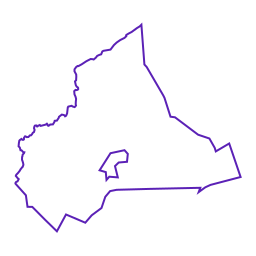 outline of Wise, Virginia, United States of America
{"feature_id": "52423323B77161668949551", "entity_name": "Wise", "entity_type": "district", "adm_level": 2, "iso_a3": "USA", "parent_name": "United States of America", "parent_adm1": "Virginia", "projection": "equal_earth", "projection_center": [-82.73, 37.001], "detail": "fine", "context": "isolated", "style": "outline", "palette": "violet", "viewbox_px": 256, "rotation_deg": 0, "n_neighbors": 0, "source": "geoboundaries", "source_scale": "gbopen_adm2", "svg_char_len": 2193}
<svg xmlns="http://www.w3.org/2000/svg" viewBox="0 0 256 256"><path d="M229.2,143.5L215.8,151.4L214.7,147.8L209.4,138.5L198.1,134.7L175.0,117.3L170.5,116.7L164.5,97.9L163.3,95.5L146.7,67.0L144.4,64.5L141.4,24.7L139.7,26.4L136.9,28.1L131.6,32.0L128.7,33.5L126.4,34.9L126.1,35.3L126.3,36.2L124.5,37.9L120.3,40.0L116.7,42.5L113.9,45.1L110.5,49.6L103.5,50.8L102.9,51.1L102.3,51.5L101.2,54.3L99.3,54.9L97.2,55.9L95.8,57.7L93.7,59.5L92.7,59.2L90.7,59.0L86.4,61.2L81.7,64.3L78.4,66.1L77.6,66.0L76.2,67.0L74.6,69.2L74.5,69.7L74.5,71.3L76.2,74.5L76.3,76.7L76.1,80.3L75.3,81.0L75.0,81.5L75.8,85.1L76.7,86.7L77.7,87.3L78.1,87.9L78.2,89.1L77.6,89.8L76.3,90.1L75.5,89.9L74.2,91.2L74.5,94.4L75.5,96.6L76.1,98.9L75.8,101.8L75.7,104.2L76.0,105.5L75.1,106.7L75.0,106.8L74.5,107.1L72.4,106.4L71.7,105.8L68.3,106.6L67.8,107.4L67.1,113.4L66.1,115.7L65.1,116.3L64.6,115.5L63.8,115.0L61.8,114.6L59.0,116.8L58.7,117.9L56.9,120.6L54.7,120.8L54.3,122.2L52.9,124.4L50.2,124.5L49.6,124.9L49.5,125.2L48.5,125.8L47.9,125.6L47.6,125.2L47.4,124.3L46.9,123.7L45.7,124.6L40.7,125.9L39.8,125.0L38.9,125.5L38.3,125.5L37.5,126.4L37.1,126.5L36.1,125.4L34.8,125.7L34.3,126.8L34.0,128.2L34.6,129.9L34.0,132.0L32.8,132.8L31.9,134.4L31.0,135.3L30.4,135.3L29.9,135.4L28.4,137.0L26.7,137.1L26.0,136.6L25.5,136.4L25.1,136.3L24.0,137.8L23.9,139.4L23.4,139.8L22.4,139.8L21.5,138.9L20.7,139.4L20.3,139.8L20.0,139.9L19.7,140.2L19.3,140.7L19.1,141.9L18.9,143.0L18.6,146.1L18.6,146.4L19.8,147.5L20.5,150.2L21.0,150.2L21.5,150.3L22.4,151.2L23.2,152.2L24.3,152.3L24.1,153.0L22.6,154.8L22.4,156.4L22.1,156.9L22.0,159.8L22.4,160.7L23.1,163.0L23.4,164.8L23.1,165.7L22.6,167.0L21.9,167.5L21.3,168.5L20.6,169.2L19.8,170.7L17.9,173.1L17.3,173.7L16.3,174.7L15.8,175.9L17.7,178.2L18.7,179.1L17.5,181.4L16.2,181.9L15.4,183.1L15.5,183.7L25.9,195.3L27.5,206.8L32.3,206.9L45.1,219.8L56.9,231.3L66.0,214.5L85.3,222.7L91.7,215.3L101.5,208.0L105.3,196.8L110.1,191.1L116.7,189.8L149.7,188.9L200.3,187.8L198.7,192.1L205.3,187.3L210.5,184.9L240.6,177.0L229.2,143.5ZM99.6,170.3L110.5,153.2L124.5,150.2L127.8,153.9L127.0,161.8L118.7,162.5L115.0,166.1L117.8,177.4L109.3,176.7L106.5,179.9L105.8,172.1L99.6,170.3Z" fill="none" stroke="#5b21b6" stroke-width="2"/></svg>